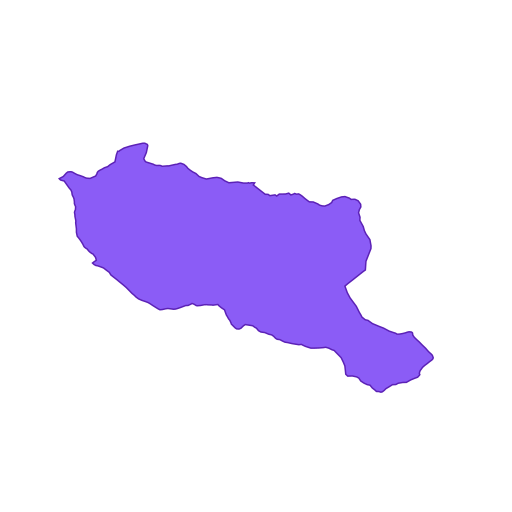 Yalang, Tashi Yangtse, Bhutan (orthographic projection), rotated 38°
{"feature_id": "84629894B30555243283294", "entity_name": "Yalang", "entity_type": "district", "adm_level": 2, "iso_a3": "BTN", "parent_name": "Bhutan", "parent_adm1": "Tashi Yangtse", "projection": "orthographic", "projection_center": [91.668, 27.462], "detail": "fine", "context": "isolated", "style": "filled", "palette": "violet", "viewbox_px": 512, "rotation_deg": 38, "n_neighbors": 0, "source": "geoboundaries", "source_scale": "gbopen_adm2", "svg_char_len": 4587}
<svg xmlns="http://www.w3.org/2000/svg" viewBox="0 0 512 512"><g transform="rotate(38 256 256)"><path d="M157.7,360.3L159.5,360.3L161.4,360.3L164.0,360.4L169.3,360.5L173.2,360.7L175.4,361.0L181.3,361.8L184.4,361.9L186.6,362.2L189.9,362.1L193.4,361.2L197.1,359.9L199.7,359.1L201.9,358.8L204.7,358.6L207.7,358.3L209.6,358.1L211.4,357.9L213.4,357.5L215.1,355.9L217.4,353.1L218.9,351.6L221.2,350.2L223.8,348.7L225.1,347.5L226.2,346.1L228.0,343.4L229.4,341.1L230.5,339.3L231.1,338.3L232.2,337.4L232.9,336.8L234.4,333.9L234.8,332.8L236.2,332.3L237.8,332.0L239.2,331.9L240.2,331.5L242.8,329.1L245.2,326.3L247.1,324.7L248.3,324.0L251.0,322.0L252.4,321.2L254.6,318.9L255.8,317.7L257.3,318.0L260.7,318.1L264.3,317.8L267.6,319.9L269.1,320.8L270.8,321.4L273.1,322.4L274.9,322.8L277.5,324.1L278.4,324.8L282.3,325.3L284.1,325.5L285.7,325.3L287.6,324.0L288.6,322.2L289.1,318.6L289.8,316.6L296.3,313.0L299.1,312.9L300.8,312.6L303.9,313.3L306.6,312.9L310.1,310.9L314.2,309.8L316.9,308.5L319.4,308.4L322.1,308.8L323.9,308.6L326.3,307.2L329.2,306.7L331.8,306.1L334.5,304.6L338.2,302.9L344.4,299.5L346.2,297.7L347.9,297.4L350.5,296.8L353.6,295.7L356.0,294.8L358.3,293.0L362.1,289.8L365.4,286.8L367.1,285.0L370.1,283.8L373.6,283.1L375.8,282.3L378.4,282.7L383.0,283.3L385.7,283.7L390.0,285.8L393.7,287.9L397.3,291.6L399.5,293.9L402.2,294.2L405.8,291.2L407.5,290.4L409.7,289.3L412.2,288.9L415.5,290.0L419.3,289.7L422.8,288.9L425.4,287.6L428.9,288.4L432.2,288.4L434.3,288.6L436.2,287.2L438.3,286.4L439.2,285.2L439.8,282.8L440.0,280.7L441.5,276.8L442.8,273.3L443.7,272.6L445.3,271.2L446.4,268.7L449.5,265.3L452.3,263.0L454.2,258.4L456.3,254.7L458.0,252.0L458.2,249.4L458.1,248.6L457.1,248.1L456.8,247.5L456.3,246.6L455.9,245.0L455.9,243.6L455.8,241.2L456.3,238.4L457.1,235.5L457.9,232.1L458.6,229.7L458.7,228.1L458.3,227.1L456.8,226.1L455.8,225.6L454.5,225.4L451.4,225.2L449.5,224.9L446.5,224.3L441.7,223.8L437.3,223.2L434.4,223.0L430.8,222.6L428.2,221.8L427.6,221.1L426.5,220.2L425.4,220.2L424.5,220.7L423.7,221.2L422.9,221.9L421.9,223.2L421.2,224.4L419.3,226.8L417.8,228.5L416.9,229.4L415.9,230.3L415.1,230.8L413.6,230.9L411.2,231.8L407.2,233.2L400.9,234.3L396.3,235.7L389.3,237.6L383.9,237.8L381.3,239.0L377.0,238.9L375.2,238.0L372.1,236.8L366.0,233.9L355.9,231.1L350.5,228.7L344.6,225.0L345.4,221.1L346.9,215.2L349.7,203.5L350.3,201.3L350.8,199.7L345.9,192.5L342.0,179.4L340.4,177.2L335.7,173.0L329.0,170.9L325.8,169.3L322.4,166.8L315.9,164.0L314.1,161.4L310.2,158.8L308.9,155.8L308.4,152.8L306.6,150.8L302.5,149.6L299.0,150.4L296.0,152.9L294.0,152.9L289.5,154.4L287.0,156.8L284.2,161.1L282.2,164.9L282.7,167.3L281.7,170.6L279.5,174.3L277.4,175.7L274.8,176.8L272.7,176.9L267.8,178.2L264.7,180.5L261.5,180.6L259.2,180.6L255.6,180.4L253.4,180.5L251.4,180.8L249.8,182.4L248.0,182.9L247.4,184.2L245.9,186.4L243.1,186.3L241.1,189.0L236.2,192.9L235.4,196.0L233.4,196.1L229.8,199.9L227.5,200.0L225.3,201.7L210.2,201.7L209.9,199.2L209.1,199.8L207.5,200.9L205.9,202.7L204.9,202.9L204.3,203.9L201.3,206.2L196.1,208.9L189.5,215.0L185.0,216.0L180.9,216.2L179.0,217.0L176.8,218.1L173.9,220.9L169.5,225.9L165.1,227.6L162.1,228.4L157.9,228.0L154.3,228.7L151.3,228.9L148.4,228.9L146.1,228.3L142.8,228.2L139.6,229.2L138.6,230.2L137.2,232.5L136.3,233.2L131.7,238.8L130.5,239.7L126.8,243.1L125.3,243.4L124.2,244.0L121.9,245.9L120.1,246.7L118.6,246.9L111.5,249.6L110.4,249.6L107.7,248.5L107.4,247.6L105.9,242.0L102.8,235.7L101.7,235.0L98.9,235.6L97.9,236.4L97.2,237.0L95.4,239.2L92.0,243.3L89.0,247.1L85.5,252.2L83.7,256.8L83.5,257.9L82.5,258.6L83.3,261.0L83.6,262.0L86.9,268.7L84.9,273.6L84.3,275.9L84.2,276.7L83.7,277.5L82.8,278.9L82.2,279.8L81.4,281.9L81.1,282.6L80.5,283.8L79.9,285.2L79.5,286.5L79.5,287.9L80.0,289.0L80.3,291.0L80.4,291.8L79.9,292.6L77.5,297.0L74.5,299.0L72.7,299.6L71.4,299.8L68.0,300.9L65.1,302.0L62.5,302.5L59.7,302.9L58.3,303.5L57.6,304.1L56.0,305.6L55.5,307.5L55.2,312.0L54.7,313.1L53.3,316.2L54.3,316.4L55.4,316.4L58.7,315.0L66.8,317.4L69.7,318.0L71.5,319.0L73.1,320.6L73.9,321.2L75.9,322.1L77.4,323.0L78.8,324.4L79.7,325.3L80.3,326.2L81.3,327.0L83.5,328.2L84.8,330.1L85.2,330.7L85.6,332.3L86.1,333.4L87.9,335.0L89.0,336.3L91.8,338.7L92.4,339.3L92.9,339.9L93.4,340.8L97.8,345.2L99.9,347.9L103.0,350.5L104.5,350.8L107.6,351.6L109.7,352.3L112.3,353.3L114.3,354.3L115.3,354.6L117.3,354.6L118.5,354.4L120.9,355.0L122.9,355.2L125.1,355.1L126.3,354.8L128.3,355.3L129.9,355.7L130.9,356.2L132.8,357.7L132.0,360.1L131.5,362.2L133.6,362.4L135.6,362.1L137.5,361.1L141.5,359.8L143.2,359.3L146.4,359.3L150.5,359.2L153.3,360.3L154.9,360.3L157.7,360.3Z" fill="#8b5cf6" stroke="#5b21b6" stroke-width="1.5"/></g></svg>